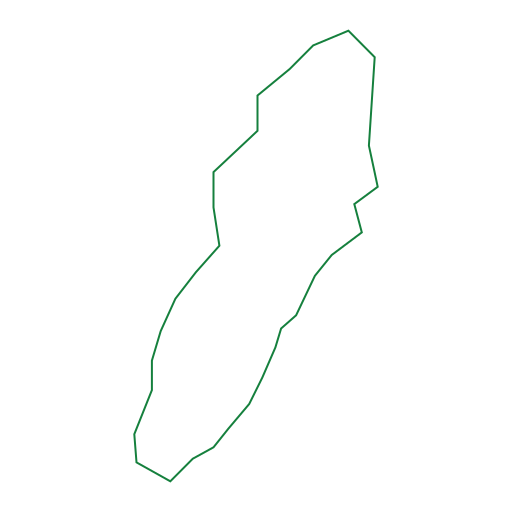 outline of Fterikoudi, Nicosia, Cyprus
{"feature_id": "46923920B21342367895677", "entity_name": "Fterikoudi", "entity_type": "district", "adm_level": 2, "iso_a3": "CYP", "parent_name": "Cyprus", "parent_adm1": "Nicosia", "projection": "albers", "projection_center": [33.075, 34.965], "detail": "fine", "context": "isolated", "style": "outline", "palette": "green", "viewbox_px": 512, "rotation_deg": 0, "n_neighbors": 0, "source": "geoboundaries", "source_scale": "gbopen_adm2", "svg_char_len": 518}
<svg xmlns="http://www.w3.org/2000/svg" viewBox="0 0 512 512"><path d="M134.3,434.2L136.5,462.4L170.3,481.3L192.8,458.7L213.5,447.3L228.5,428.5L249.2,404.0L262.3,377.6L275.4,347.4L281.1,328.5L296.1,315.3L314.9,275.8L331.7,255.0L361.8,232.4L354.3,204.1L377.7,186.8L374.3,170.8L368.9,145.6L374.7,57.2L348.4,30.7L313.2,45.4L289.7,69.0L257.5,95.5L257.5,130.8L213.5,172.1L213.5,207.4L219.4,245.7L195.9,272.2L175.4,298.7L160.7,331.1L151.9,360.6L151.9,390.1L134.3,434.2Z" fill="none" stroke="#15803d" stroke-width="2"/></svg>